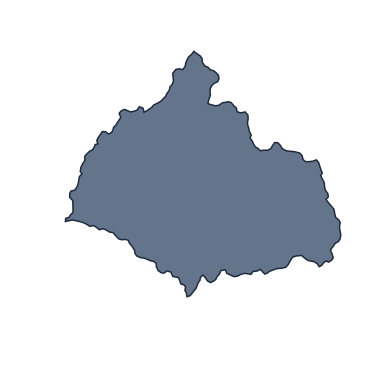 Lagoa Dourada, Minas Gerais, Brazil (orthographic projection), rotated 153°
{"feature_id": "56859067B55237530042730", "entity_name": "Lagoa Dourada", "entity_type": "district", "adm_level": 2, "iso_a3": "BRA", "parent_name": "Brazil", "parent_adm1": "Minas Gerais", "projection": "orthographic", "projection_center": [-44.076, -20.895], "detail": "fine", "context": "isolated", "style": "filled", "palette": "slate", "viewbox_px": 384, "rotation_deg": 153, "n_neighbors": 0, "source": "geoboundaries", "source_scale": "gbopen_adm2", "svg_char_len": 3260}
<svg xmlns="http://www.w3.org/2000/svg" viewBox="0 0 384 384"><g transform="rotate(153 192 192)"><path d="M318.2,223.2L314.4,222.2L310.9,221.1L307.7,218.5L304.1,215.4L302.1,213.2L300.4,210.9L298.7,207.8L294.8,206.7L293.1,203.7L291.7,200.4L288.1,199.8L286.0,197.5L283.9,194.0L280.8,191.6L279.8,187.4L278.6,183.6L276.3,181.3L273.2,180.2L270.7,178.0L271.0,174.4L270.0,170.7L269.7,166.0L270.7,163.0L270.2,160.1L267.7,156.9L264.9,155.0L262.4,152.3L259.8,149.2L257.6,147.6L256.4,144.8L257.7,141.5L257.8,137.3L256.1,134.0L253.8,132.4L250.0,133.0L247.1,130.1L247.5,125.5L245.4,123.8L242.9,121.9L243.2,118.4L243.7,115.2L241.5,113.1L240.8,110.3L242.9,107.7L242.9,104.6L244.0,100.9L240.6,100.5L236.2,102.5L232.2,104.3L230.0,106.2L227.9,108.2L225.1,109.6L223.1,112.2L219.9,113.0L219.0,109.5L218.6,105.8L216.7,102.9L213.3,102.8L210.5,103.3L208.4,105.1L205.2,106.2L201.7,108.9L197.7,107.7L197.9,103.6L195.4,100.5L192.8,97.4L189.5,96.4L185.5,96.4L182.1,95.6L179.2,93.7L176.8,91.8L173.5,93.5L170.2,92.1L166.2,92.0L165.3,88.6L164.3,85.8L161.8,85.5L159.2,86.1L155.6,85.8L151.2,85.2L147.1,83.5L142.7,82.3L139.2,83.7L135.5,86.2L131.8,88.3L128.2,87.7L123.1,85.6L121.5,81.7L120.2,79.1L118.1,76.9L114.7,74.4L112.9,71.0L112.6,67.7L109.9,67.7L106.5,69.3L103.8,69.6L102.1,67.5L98.8,67.8L96.0,69.3L95.3,73.7L95.0,77.5L91.9,79.0L87.5,81.3L84.0,81.4L81.4,82.9L79.1,85.9L78.0,89.1L77.2,92.2L75.6,95.3L73.8,97.4L73.9,100.6L75.5,104.1L74.6,108.1L73.4,112.1L74.2,115.9L75.2,120.0L76.0,124.6L72.8,125.7L71.7,128.9L72.4,133.2L71.4,136.7L69.9,140.4L70.0,145.1L69.7,148.4L67.3,149.7L67.1,152.6L66.5,156.7L65.8,160.8L66.5,164.1L70.3,164.6L74.5,166.1L77.2,167.7L78.3,170.4L77.4,174.3L78.3,177.8L82.2,181.3L86.0,183.7L89.4,186.0L91.8,189.6L92.2,193.9L93.2,197.0L95.7,198.5L98.8,197.0L102.0,194.9L105.9,194.9L108.9,196.6L112.3,197.7L113.5,201.0L115.1,203.5L115.4,206.4L115.2,210.0L115.7,213.8L113.4,215.9L113.4,220.1L112.4,223.4L112.0,226.2L111.0,228.8L108.7,231.8L107.3,235.1L108.3,239.2L112.7,240.4L115.4,243.1L114.3,246.6L115.6,249.7L116.5,253.9L118.7,256.1L121.2,256.6L124.2,257.7L128.7,257.1L132.0,258.2L134.8,260.6L137.7,263.5L135.0,266.8L131.7,269.8L130.3,273.5L128.8,275.8L125.7,278.0L122.1,278.8L119.0,278.6L116.6,280.6L115.4,283.9L116.5,287.7L117.8,290.4L120.1,292.4L121.2,296.0L123.4,298.5L123.9,303.0L122.4,306.3L123.0,309.8L125.0,313.2L126.4,316.5L129.5,315.0L133.9,313.8L136.8,311.7L139.1,309.7L141.0,307.1L144.9,305.2L147.4,307.6L150.8,308.5L155.3,306.5L156.5,303.4L158.0,299.6L160.8,296.8L163.8,295.8L166.2,292.8L169.7,291.2L172.1,289.1L174.8,288.4L178.2,287.1L182.7,286.8L186.8,286.9L189.3,285.7L192.1,285.4L195.0,284.9L198.6,284.9L197.5,288.8L200.2,291.9L204.0,289.9L207.5,290.4L210.6,291.4L212.5,293.8L214.7,296.3L218.4,296.4L221.2,295.2L221.6,290.7L226.4,288.1L229.7,286.0L232.4,285.3L234.1,283.3L236.7,281.5L240.1,281.6L241.6,284.9L244.5,286.6L247.7,284.7L250.8,283.2L253.5,281.0L254.0,277.7L256.8,278.2L258.9,276.2L261.8,274.7L264.7,274.8L268.1,273.8L271.2,272.6L273.2,268.7L276.7,266.8L279.8,264.4L282.3,260.9L281.8,258.1L285.3,256.9L287.8,253.5L290.3,250.4L292.7,248.4L295.9,246.9L299.6,247.8L301.7,246.1L303.4,242.7L302.1,238.3L304.0,234.7L305.5,231.3L307.4,227.7L310.3,227.0L312.9,225.3L316.5,225.8L318.2,223.2Z" fill="#64748b" stroke="#1e293b" stroke-width="1.5"/></g></svg>